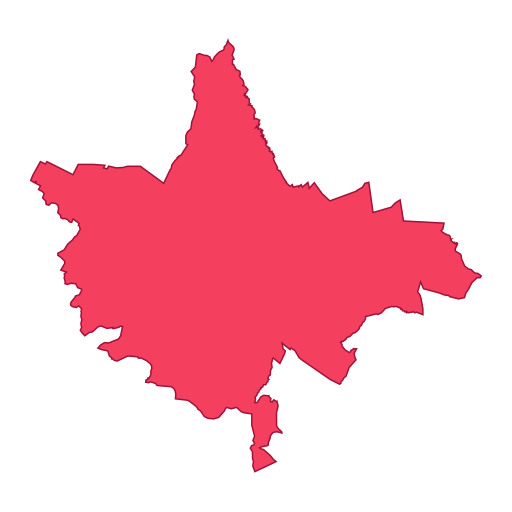 Palmar de Bravo, Puebla, Mexico (Robinson projection)
{"feature_id": "50627088B49956020835761", "entity_name": "Palmar de Bravo", "entity_type": "district", "adm_level": 2, "iso_a3": "MEX", "parent_name": "Mexico", "parent_adm1": "Puebla", "projection": "robinson", "projection_center": [-97.52, 18.838], "detail": "fine", "context": "isolated", "style": "filled", "palette": "rose", "viewbox_px": 512, "rotation_deg": 0, "n_neighbors": 0, "source": "geoboundaries", "source_scale": "gbopen_adm2", "svg_char_len": 5995}
<svg xmlns="http://www.w3.org/2000/svg" viewBox="0 0 512 512"><path d="M228.0,40.4L226.3,44.7L224.2,47.0L224.1,49.1L223.1,50.3L219.6,51.8L217.0,54.1L214.2,57.3L213.5,59.3L211.9,61.4L209.8,57.0L207.0,55.5L204.2,55.3L199.3,53.6L196.8,54.8L195.4,67.0L191.2,71.5L194.7,77.0L193.7,81.3L194.5,84.3L192.3,90.2L194.5,94.3L193.9,96.3L194.3,99.1L197.4,101.9L196.2,109.5L194.8,112.0L194.5,114.8L191.8,121.8L190.9,128.8L187.4,132.0L185.8,135.8L185.9,143.7L187.7,144.7L180.8,155.5L179.7,155.5L178.1,156.8L178.4,157.2L177.2,157.7L177.5,158.3L174.9,160.7L171.8,165.0L171.2,168.6L170.2,169.6L163.7,183.3L140.4,166.3L127.3,166.3L123.6,167.4L116.3,167.9L108.6,166.1L107.3,168.8L103.6,168.0L104.9,165.3L93.3,164.4L78.2,164.4L73.0,174.7L46.9,161.6L45.5,164.0L40.4,161.6L32.8,175.3L30.7,180.5L34.4,182.6L34.8,181.9L36.0,181.7L35.3,183.1L40.5,185.8L38.5,189.5L42.3,191.5L44.2,193.5L42.6,197.9L45.6,200.9L46.2,204.5L48.8,205.2L51.4,202.8L55.4,203.4L57.9,205.2L58.6,208.3L57.8,212.7L60.7,215.6L60.8,217.6L62.7,218.8L64.6,218.5L67.6,219.6L69.5,221.9L71.6,222.3L73.2,219.0L79.2,223.6L78.3,225.3L79.3,226.1L80.2,229.3L76.6,235.7L74.7,236.8L72.4,240.0L67.6,244.2L64.2,249.8L57.8,253.3L57.9,255.4L60.4,256.9L64.5,260.9L64.8,263.3L60.8,270.1L66.5,272.1L64.3,273.9L64.6,276.6L64.1,277.8L65.2,281.7L65.0,283.7L67.4,284.4L70.9,283.3L75.8,283.8L77.6,287.6L81.4,289.1L81.5,290.7L79.4,294.7L75.3,296.1L75.0,297.3L71.2,301.9L70.5,304.0L70.7,305.1L72.3,306.6L76.5,307.5L78.6,305.8L81.6,308.7L81.0,311.4L81.4,312.5L80.9,316.2L81.8,319.7L80.9,323.6L81.6,327.5L80.3,330.3L82.2,332.9L84.8,335.8L89.2,332.6L92.6,331.8L97.7,327.1L99.6,326.2L101.4,326.1L107.0,328.4L112.7,327.5L112.4,328.2L113.2,328.7L118.8,327.3L120.3,326.2L122.5,326.6L120.6,335.9L118.5,339.0L108.5,343.0L104.4,342.6L100.5,345.1L97.9,348.1L101.2,349.5L107.8,350.9L109.3,355.9L111.8,358.0L111.6,358.9L112.8,359.0L114.5,360.5L117.3,361.0L127.8,356.0L137.4,356.8L138.5,358.2L141.1,358.0L146.5,360.6L150.1,363.6L151.5,365.7L151.8,368.4L150.9,370.9L150.9,374.7L148.8,378.4L147.9,378.0L147.5,379.5L146.0,380.0L145.7,382.2L148.6,382.7L150.4,381.8L151.5,382.1L155.6,383.5L157.1,385.5L171.2,386.7L173.9,388.5L175.1,390.8L175.8,394.4L175.4,398.8L187.3,400.2L189.4,401.2L196.4,406.6L198.0,409.2L200.4,410.8L204.3,416.5L207.9,418.3L213.7,418.9L218.7,417.4L224.3,411.1L225.5,408.3L227.0,407.5L231.3,408.8L236.0,407.5L237.1,407.8L241.0,411.5L243.6,412.7L251.8,413.9L251.8,425.4L254.6,436.2L252.9,440.4L254.5,443.2L253.7,444.9L251.5,445.7L250.3,448.2L252.4,451.6L252.6,458.8L253.5,461.5L252.8,466.0L254.9,471.6L276.1,461.6L273.4,459.4L270.2,455.4L263.3,449.4L261.0,448.9L259.6,447.8L262.3,446.6L267.0,445.8L268.3,445.0L268.4,442.4L270.2,438.0L270.4,435.9L272.5,433.0L274.2,432.1L277.0,431.8L281.9,433.0L281.7,431.8L278.1,428.5L276.6,425.9L276.5,412.7L278.1,405.9L276.9,401.1L276.1,401.4L273.8,399.8L272.0,402.1L270.5,401.5L270.9,398.5L269.0,396.7L269.0,395.9L263.6,395.3L261.0,396.8L256.9,402.7L254.7,402.5L255.5,399.5L255.2,397.1L256.8,395.2L257.8,392.7L258.8,392.0L259.3,390.2L260.8,389.1L261.1,388.4L260.6,387.7L262.8,386.9L263.4,384.8L265.8,384.7L267.0,382.1L267.8,381.8L268.1,379.8L268.9,379.5L268.0,378.3L268.6,376.1L270.3,375.0L270.6,370.1L272.1,367.5L271.5,363.5L272.7,358.6L273.3,358.0L279.9,363.5L284.6,353.7L285.4,351.0L283.1,348.9L282.1,343.2L290.1,349.6L291.0,348.0L295.1,350.8L299.1,357.7L302.3,360.2L330.2,379.5L339.6,384.2L340.9,383.3L340.9,382.1L343.0,379.7L343.5,378.3L346.0,376.2L349.2,367.4L356.0,359.8L354.6,356.3L354.3,353.0L356.6,348.8L353.4,348.6L352.7,349.6L351.0,350.3L350.6,351.6L349.2,352.5L344.7,349.6L342.0,345.8L342.0,344.4L340.6,342.3L341.5,342.3L341.9,341.2L343.1,341.4L345.8,339.3L347.0,337.5L350.1,336.3L352.8,333.3L354.9,332.8L357.1,331.0L359.2,328.7L360.0,326.2L361.3,325.6L362.7,322.5L364.2,321.4L365.5,318.6L365.6,316.6L376.1,313.9L377.9,314.5L381.4,312.8L385.5,308.4L391.6,306.5L393.9,306.8L395.8,306.3L400.9,308.3L400.9,309.3L401.8,309.2L402.6,310.8L404.5,311.0L405.1,312.0L406.0,311.4L406.5,312.5L407.0,311.9L408.0,312.8L413.5,311.8L414.8,312.8L416.7,312.2L422.9,314.7L422.9,308.9L421.1,298.7L419.8,294.7L417.6,291.9L420.6,281.9L423.5,288.7L439.4,293.0L444.5,295.0L448.7,295.5L449.8,296.7L458.6,298.9L464.5,297.6L465.8,293.2L468.7,288.9L471.7,282.9L477.1,277.7L480.2,277.7L481.3,276.0L477.9,273.4L474.7,273.0L471.2,269.6L468.3,268.9L464.7,266.1L461.6,259.0L461.0,255.1L460.1,253.9L455.3,251.0L455.3,248.6L457.6,244.0L457.2,243.1L456.5,242.8L455.8,244.0L454.6,242.5L454.3,243.2L451.3,240.9L451.1,239.3L451.5,239.0L450.6,239.0L450.1,236.3L449.0,235.2L447.1,234.9L442.3,232.1L441.2,230.6L442.8,229.1L444.0,223.1L403.5,221.0L400.1,199.9L395.2,203.0L391.3,207.2L373.0,212.5L368.8,182.3L364.8,183.4L362.4,187.3L356.8,190.5L356.8,191.0L329.9,200.9L322.1,193.7L314.3,182.7L309.3,188.3L307.9,182.4L302.4,187.1L301.1,184.6L298.7,186.7L298.5,185.9L293.0,187.1L292.4,184.6L289.9,186.2L286.1,182.7L286.5,182.2L283.5,177.9L279.9,170.7L278.9,170.6L277.0,168.8L277.4,167.3L274.2,161.2L273.3,157.9L274.6,157.0L273.4,153.9L272.8,154.4L271.9,151.3L270.7,151.9L269.3,151.0L269.3,150.4L270.1,149.9L268.5,147.9L269.3,147.8L266.0,145.5L266.1,143.8L267.0,142.9L266.7,142.2L265.7,142.7L265.5,142.2L266.7,141.1L265.2,140.6L265.1,138.9L265.6,138.7L263.3,138.7L263.7,136.1L262.5,137.0L261.0,135.9L262.8,134.8L263.5,135.3L261.4,133.0L262.0,132.5L261.8,131.9L261.0,132.2L260.6,131.6L261.4,130.3L263.3,130.9L260.7,128.9L258.4,129.1L258.6,127.9L258.1,128.2L257.4,127.3L255.8,127.7L256.9,126.1L257.4,126.7L259.0,125.4L259.6,124.0L258.6,123.9L258.6,123.0L259.7,120.2L256.5,118.7L254.0,118.8L254.4,117.2L253.8,115.2L255.2,112.7L254.4,109.5L251.3,106.0L251.7,105.6L248.6,104.9L250.2,103.8L249.4,103.4L249.2,99.0L248.1,98.0L246.0,97.4L247.2,96.5L246.8,96.2L244.2,95.4L244.5,93.8L245.3,94.2L248.0,89.7L245.5,86.6L242.9,85.5L244.0,84.6L243.3,81.0L241.9,78.9L240.3,77.6L239.5,75.3L240.3,74.7L239.9,71.3L236.2,69.5L233.5,64.4L232.4,64.2L232.5,59.7L234.1,59.1L232.1,55.1L234.0,50.2L233.9,48.1L232.8,46.2L228.6,42.5L228.0,40.4Z" fill="#f43f5e" stroke="#9f1239" stroke-width="1.5"/></svg>